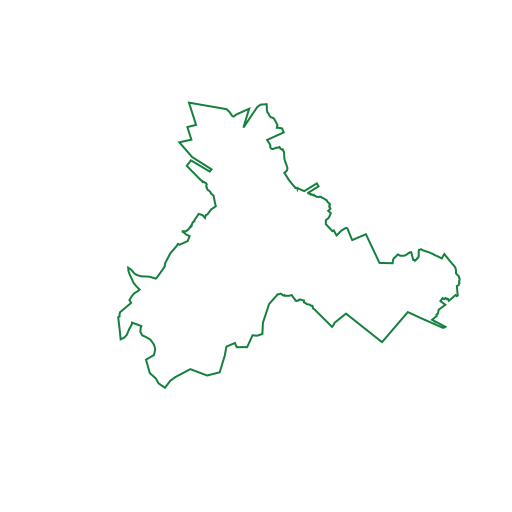 Armadillo de los Infante, San Luis Potosí, Mexico, rotated 56°
{"feature_id": "50627088B46691471724759", "entity_name": "Armadillo de los Infante", "entity_type": "district", "adm_level": 2, "iso_a3": "MEX", "parent_name": "Mexico", "parent_adm1": "San Luis Potosí", "projection": "albers", "projection_center": [-100.644, 22.261], "detail": "fine", "context": "isolated", "style": "outline", "palette": "green", "viewbox_px": 512, "rotation_deg": 56, "n_neighbors": 0, "source": "geoboundaries", "source_scale": "gbopen_adm2", "svg_char_len": 6018}
<svg xmlns="http://www.w3.org/2000/svg" viewBox="0 0 512 512"><g transform="rotate(56 256 256)"><path d="M314.3,405.2L311.5,396.8L311.3,390.2L313.1,373.7L327.8,363.3L332.1,351.1L321.2,337.7L314.6,331.2L316.3,322.1L320.8,323.0L326.6,314.3L319.8,303.2L322.7,299.7L324.2,294.3L315.2,287.6L303.1,271.9L300.1,260.1L299.2,260.4L299.7,260.0L300.5,258.6L300.7,257.6L300.8,256.9L301.9,256.1L303.0,255.8L304.0,255.5L304.3,254.3L305.1,254.4L307.4,251.0L308.4,248.2L310.8,248.3L314.4,247.9L314.5,248.0L315.1,248.3L315.5,247.9L316.0,247.5L316.7,245.6L316.3,245.3L316.5,244.7L316.4,244.6L316.8,243.6L319.7,241.2L321.2,242.2L323.1,241.1L323.8,241.1L324.7,240.5L325.3,239.8L326.4,238.6L328.1,238.2L328.5,237.3L329.2,237.1L331.2,238.0L333.3,237.3L357.3,232.6L356.4,230.0L355.3,228.3L354.1,213.6L397.9,199.7L387.4,161.5L400.4,153.6L420.3,141.0L420.6,138.6L410.7,143.9L410.7,144.2L410.7,144.3L409.9,144.5L409.7,144.5L407.4,145.7L406.7,139.6L406.0,139.2L405.6,139.2L405.4,138.2L405.5,137.5L402.7,134.6L402.3,126.3L396.5,128.3L395.2,124.8L397.0,124.2L397.0,123.4L396.9,122.9L396.8,122.4L397.2,122.1L397.7,122.1L398.4,121.9L398.3,121.5L398.9,120.9L401.0,121.2L400.0,112.4L401.6,111.9L401.5,110.8L393.2,106.3L393.2,106.1L393.5,104.4L392.5,103.1L391.8,102.6L392.0,102.4L391.7,102.2L390.4,101.7L389.9,100.9L388.6,99.8L387.2,99.7L386.0,99.1L384.6,99.6L383.0,99.8L382.0,99.8L380.9,99.0L379.4,98.1L377.9,97.5L376.6,97.2L373.7,97.4L372.4,97.7L359.7,98.8L361.9,103.4L357.1,106.0L355.1,107.5L353.4,108.0L351.8,109.2L351.7,109.3L350.3,110.1L349.0,111.0L344.8,114.4L343.0,115.2L342.7,115.4L342.5,115.7L342.4,116.4L342.4,116.7L342.4,117.1L342.2,117.2L342.1,117.4L342.5,117.7L343.1,118.6L344.2,119.2L345.2,120.0L345.3,120.0L346.5,120.8L347.0,121.4L347.4,121.5L347.6,121.9L347.8,122.0L348.0,122.3L348.1,122.5L348.1,123.1L348.0,123.5L348.2,124.0L348.5,124.2L348.5,124.6L348.8,126.3L348.5,126.1L348.3,126.1L348.2,126.2L347.5,127.6L347.3,127.7L347.0,127.8L339.7,125.2L338.9,126.5L339.2,127.0L338.8,127.8L338.8,128.2L339.0,128.9L339.0,131.7L338.3,133.5L336.8,135.7L336.5,136.3L336.3,136.4L334.0,137.5L334.9,141.8L334.7,142.4L335.0,143.2L335.5,143.8L335.9,144.6L338.4,146.8L330.8,157.5L299.4,152.7L296.6,167.3L296.2,167.3L284.2,164.8L283.0,165.6L282.7,170.2L282.8,171.6L284.0,177.7L278.3,177.2L278.1,178.8L268.6,180.3L265.4,178.1L265.1,174.7L264.8,174.3L264.4,173.2L262.3,170.0L258.9,170.9L258.4,167.8L257.8,167.7L257.5,167.8L257.2,167.8L257.1,167.6L256.5,167.7L256.2,167.5L255.8,167.6L255.5,167.3L255.1,166.2L254.6,166.1L254.2,165.8L254.0,166.0L253.8,165.8L252.7,165.9L252.1,166.2L250.9,166.5L249.2,166.2L248.1,166.9L246.4,167.5L244.8,168.6L243.9,168.9L243.5,168.9L242.5,169.9L242.2,171.0L240.7,172.8L240.0,172.9L239.6,173.2L238.3,173.9L238.2,174.2L237.8,174.5L237.5,174.2L237.3,174.8L236.8,174.8L236.4,175.4L235.9,175.5L235.8,176.0L235.4,176.0L235.4,176.3L235.3,176.5L234.9,176.4L234.0,176.7L233.5,177.6L232.8,177.5L233.2,165.2L229.8,165.0L229.2,179.7L223.3,183.5L223.7,184.1L223.2,183.9L222.6,183.6L222.2,184.4L221.6,185.4L220.8,185.2L220.2,185.4L219.7,185.3L219.1,185.6L217.3,185.7L217.0,185.8L209.5,186.3L209.3,186.1L202.9,186.0L202.7,184.0L202.3,182.3L201.1,181.1L200.1,180.6L197.4,179.8L194.2,179.0L191.2,178.1L186.3,175.1L185.5,174.7L184.6,174.5L183.9,174.6L182.7,174.3L182.7,174.9L182.0,175.0L181.1,175.5L180.7,175.8L180.0,175.8L179.4,175.5L178.7,175.6L178.6,176.6L178.1,177.8L178.0,178.1L177.8,178.2L177.6,178.4L177.5,179.0L177.3,179.3L177.3,180.2L176.7,182.3L176.0,183.0L175.5,183.3L174.0,183.4L173.6,183.3L172.4,182.3L170.8,182.0L166.0,181.9L169.0,163.9L164.9,163.0L162.9,164.9L161.3,167.1L159.5,165.0L152.9,164.3L151.3,164.4L150.8,164.9L149.0,166.2L147.7,166.4L145.9,166.3L145.0,165.9L144.3,166.0L143.4,166.3L140.5,165.1L138.7,163.8L136.1,162.3L133.1,167.5L133.1,169.7L133.4,172.1L142.5,194.6L130.1,179.4L127.7,192.9L127.7,194.2L127.9,195.6L127.9,196.3L127.7,196.7L127.3,197.1L126.7,197.4L122.0,197.4L118.0,198.3L117.6,198.5L91.4,225.8L91.7,225.9L113.8,232.4L110.7,240.8L123.4,244.5L118.9,256.0L138.3,253.6L159.3,244.4L160.1,247.1L140.3,256.5L142.6,263.0L162.4,259.3L164.1,258.5L164.8,259.0L165.0,258.9L165.2,258.3L165.5,258.0L165.6,257.7L165.9,257.5L166.5,257.4L167.2,257.0L167.3,256.8L167.6,256.7L168.2,256.9L169.0,256.7L169.7,257.5L169.9,257.9L170.5,258.4L170.9,258.4L171.0,258.5L171.6,258.5L171.9,258.7L172.1,258.5L173.1,258.9L173.3,259.0L173.7,259.0L174.9,258.9L175.3,258.5L175.8,258.4L176.3,258.2L178.0,258.1L178.6,258.2L179.0,258.4L182.2,257.4L189.0,260.3L192.3,261.5L192.3,267.2L194.4,273.1L194.0,274.7L195.9,277.0L193.6,277.3L193.0,277.2L192.4,277.5L192.0,277.8L191.7,277.9L189.1,280.0L191.6,286.3L191.9,287.0L192.3,287.5L192.5,287.6L192.4,287.7L192.7,288.3L192.5,288.5L192.6,289.1L192.9,289.5L192.9,289.8L192.9,290.0L193.0,290.2L193.7,290.9L194.0,291.6L194.4,292.0L194.4,292.5L194.5,292.6L194.5,293.0L194.9,293.5L195.0,293.4L195.0,293.9L195.4,294.0L195.3,294.9L195.5,295.0L195.8,295.5L195.7,295.8L195.7,296.1L196.2,297.2L196.1,297.7L196.2,298.1L196.1,298.3L196.3,298.8L196.3,299.3L196.2,299.4L196.1,300.2L196.2,300.3L196.0,300.8L195.5,301.6L194.9,302.1L195.0,302.5L194.8,302.6L194.5,303.1L194.8,303.3L195.2,303.2L195.4,302.7L195.7,302.5L196.1,302.5L196.7,302.5L197.0,302.5L197.6,302.2L198.4,302.2L199.8,301.5L202.4,299.9L205.4,304.3L203.9,313.2L202.3,313.9L203.4,316.4L205.9,325.6L210.7,334.5L211.4,335.7L212.6,336.8L213.4,337.1L215.4,341.9L218.2,349.5L218.7,351.7L213.3,356.2L208.5,362.7L205.3,365.3L204.4,365.7L204.0,365.9L202.4,366.6L197.8,367.1L194.3,368.5L197.1,370.1L200.4,371.0L209.8,372.5L214.4,372.1L218.8,371.3L219.0,374.3L218.9,378.1L219.6,380.7L221.7,385.5L225.1,385.8L226.6,400.3L228.5,402.1L229.9,403.0L229.7,404.5L240.4,410.0L249.4,414.8L250.0,411.0L249.2,407.4L246.6,403.3L246.3,403.1L246.0,402.4L245.4,401.5L244.8,400.0L243.8,398.4L243.3,397.3L241.9,396.0L250.0,390.2L251.0,391.7L254.2,394.3L258.2,394.7L261.5,392.6L266.1,390.4L270.9,390.1L272.6,390.3L276.0,391.3L277.3,392.0L281.0,395.9L280.5,405.2L293.3,409.4L294.2,409.4L301.5,407.5L307.1,408.0L314.3,405.2Z" fill="none" stroke="#15803d" stroke-width="2"/></g></svg>